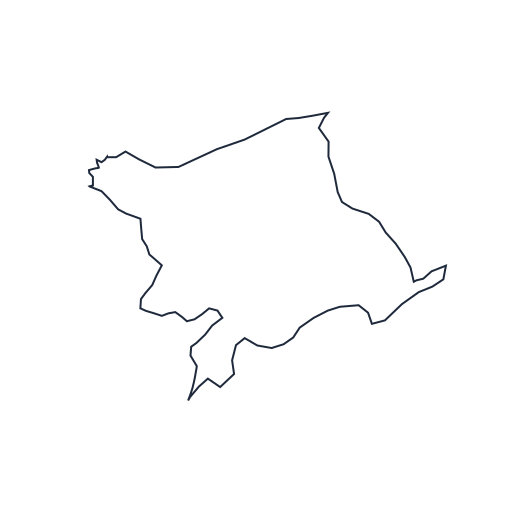 Xylotymvou, Cyprus (Robinson projection), rotated 108°
{"feature_id": "46923920B99572561458404", "entity_name": "Xylotymvou", "entity_type": "district", "adm_level": 2, "iso_a3": "CYP", "parent_name": "Cyprus", "parent_adm1": "", "projection": "robinson", "projection_center": [33.75, 35.02], "detail": "fine", "context": "isolated", "style": "outline", "palette": "slate", "viewbox_px": 512, "rotation_deg": 108, "n_neighbors": 0, "source": "geoboundaries", "source_scale": "gbopen_adm2", "svg_char_len": 1511}
<svg xmlns="http://www.w3.org/2000/svg" viewBox="0 0 512 512"><g transform="rotate(108 256 256)"><path d="M220.3,70.6L206.5,72.4L216.3,84.3L220.6,86.8L225.9,89.9L229.5,95.8L231.7,98.0L219.2,105.5L211.0,114.2L201.2,126.8L193.6,139.9L185.4,149.5L181.1,161.8L181.1,178.9L178.1,190.9L169.9,198.1L153.7,207.0L139.1,217.8L124.8,222.3L114.8,235.8L103.5,234.0L97.6,231.8L105.2,245.7L111.6,258.1L116.4,269.7L148.8,302.8L166.4,326.1L195.3,357.3L202.9,378.9L200.2,397.3L197.0,412.4L205.3,419.6L208.0,428.0L207.5,428.3L211.2,429.5L214.5,431.9L213.7,437.3L216.4,436.0L220.2,432.9L220.8,432.9L222.3,435.9L225.9,441.4L228.6,440.2L231.1,435.6L239.3,432.9L241.2,435.9L241.3,435.7L242.1,422.9L247.8,412.1L254.2,401.6L255.8,392.7L256.3,377.4L263.6,374.4L275.1,369.5L280.5,362.9L287.5,357.9L289.4,353.3L294.0,342.7L305.8,344.7L315.7,345.7L325.3,349.7L332.5,352.1L341.5,349.8L342.2,343.5L342.0,335.9L342.0,327.0L337.6,321.6L334.3,315.4L336.9,307.4L339.4,301.6L335.2,294.9L328.1,289.4L320.3,284.4L319.8,275.8L325.2,268.9L335.7,276.2L346.6,280.1L357.3,285.9L362.3,289.6L371.0,287.5L376.2,281.5L379.0,278.3L381.6,277.8L385.5,277.3L389.6,276.7L394.8,276.1L401.4,275.6L408.2,275.6L414.4,275.9L410.4,275.1L397.9,270.0L387.5,263.9L391.7,249.6L375.0,240.4L362.6,246.5L347.0,247.5L337.6,241.4L340.7,227.1L338.7,212.7L331.4,202.5L322.0,195.4L310.6,192.3L297.1,182.1L285.7,170.8L278.4,160.6L271.1,143.2L275.3,131.9L284.7,124.8L277.4,113.5L256.6,102.3L240.0,90.0L230.6,78.8L220.3,70.6Z" fill="none" stroke="#1e293b" stroke-width="2"/></g></svg>